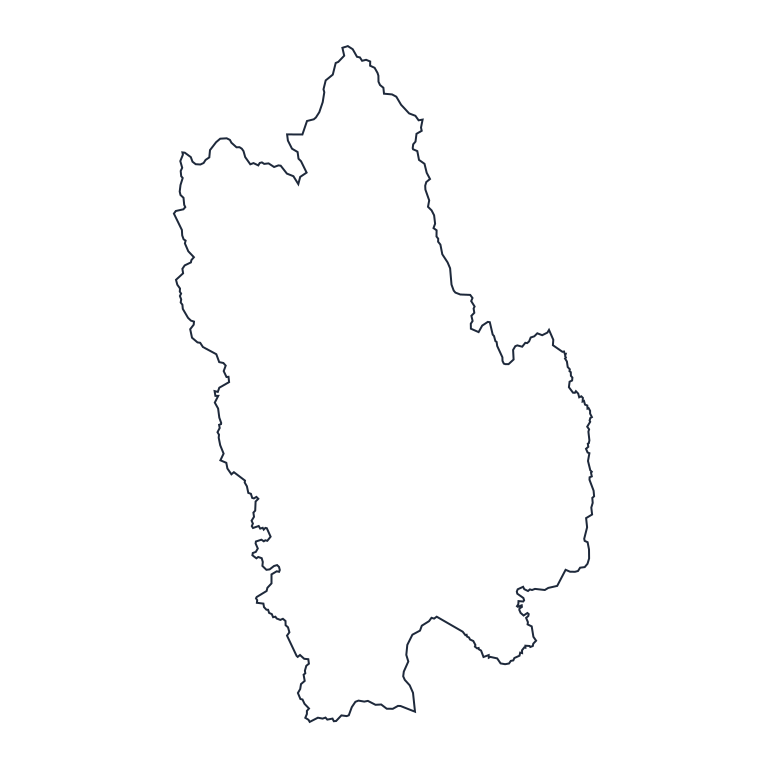 Mariscal Caceres, San Martín, Peru (Natural Earth projection)
{"feature_id": "86281439B62722708065748", "entity_name": "Mariscal Caceres", "entity_type": "district", "adm_level": 2, "iso_a3": "PER", "parent_name": "Peru", "parent_adm1": "San Martín", "projection": "natural_earth1", "projection_center": [-77.093, -7.224], "detail": "fine", "context": "isolated", "style": "outline", "palette": "slate", "viewbox_px": 768, "rotation_deg": 0, "n_neighbors": 0, "source": "geoboundaries", "source_scale": "gbopen_adm2", "svg_char_len": 6102}
<svg xmlns="http://www.w3.org/2000/svg" viewBox="0 0 768 768"><path d="M552.9,345.2L553.3,339.8L549.0,329.9L547.4,332.6L542.2,335.2L537.3,333.3L534.3,336.3L530.7,337.5L529.1,341.4L527.2,343.1L525.3,342.8L522.2,346.7L517.3,345.4L515.3,346.2L513.1,349.9L513.6,359.5L508.6,364.1L505.2,364.1L503.8,363.6L502.5,360.9L502.4,357.3L497.2,346.0L496.6,341.9L495.4,341.1L494.0,336.0L492.7,334.6L489.8,322.2L487.8,321.9L482.2,325.6L478.6,332.1L470.9,328.7L470.8,323.7L472.6,321.0L471.4,315.8L474.3,312.8L473.6,308.5L474.6,306.5L471.2,301.1L472.5,298.0L470.2,294.9L460.3,294.5L455.4,292.6L453.7,290.6L451.5,284.6L450.1,268.3L447.6,262.4L442.3,254.3L440.4,244.6L438.1,241.7L438.2,238.7L436.5,236.5L436.6,230.3L433.5,228.1L435.1,223.7L434.1,215.3L431.6,210.4L428.0,206.8L429.2,200.4L425.4,189.6L425.2,185.7L426.3,182.0L430.0,179.0L426.7,172.8L424.5,163.8L419.0,159.9L417.3,151.1L413.1,149.3L412.7,148.1L413.2,144.3L415.5,141.6L416.5,133.8L421.7,130.8L421.0,127.6L422.6,119.6L418.6,120.3L415.4,115.8L409.1,113.4L401.1,104.8L396.3,96.7L392.0,94.4L384.0,93.7L383.4,87.8L380.0,85.0L378.5,81.7L378.4,75.7L377.5,72.9L374.6,67.8L370.1,65.7L370.2,61.5L366.1,59.8L362.1,60.8L359.9,57.4L357.0,56.8L352.7,49.2L347.8,46.1L342.4,47.8L344.2,55.7L338.3,61.9L335.7,63.0L332.8,74.6L325.7,80.4L323.5,89.3L324.3,92.2L322.7,102.2L319.3,112.2L315.9,117.5L313.8,119.3L307.0,121.0L302.4,134.5L287.1,134.4L287.9,140.6L292.0,148.7L297.6,152.0L298.5,158.7L301.0,161.2L306.6,172.6L300.2,176.9L298.3,184.1L293.4,176.2L286.9,173.6L280.7,165.7L278.4,165.4L274.1,167.0L268.6,163.4L264.2,163.9L261.9,162.4L259.7,163.0L258.3,165.4L253.5,163.1L250.3,164.3L245.2,157.1L243.5,151.1L241.8,148.7L239.5,147.2L236.5,147.3L231.4,142.7L229.9,139.9L226.7,138.3L220.2,138.7L216.1,142.2L210.0,150.1L209.3,157.4L205.6,159.9L203.6,163.0L200.4,164.5L195.7,164.2L192.5,161.7L190.8,157.1L184.8,152.7L182.4,152.4L182.9,154.7L180.3,161.1L182.2,167.8L180.7,171.0L181.2,176.2L182.7,178.0L180.5,185.0L179.7,191.6L180.5,195.0L183.5,197.8L184.2,204.9L185.3,207.1L183.4,209.3L175.8,211.0L173.9,213.6L181.9,230.0L182.2,235.4L183.6,239.3L185.6,240.6L184.9,243.4L188.3,251.3L193.9,257.2L191.4,260.1L190.9,262.4L184.7,265.4L182.4,268.8L183.1,273.3L176.0,279.8L177.3,284.7L180.0,288.5L179.8,291.6L181.1,293.6L179.9,296.0L181.2,299.4L180.7,302.5L182.4,304.7L182.8,308.9L188.0,317.8L190.9,320.6L194.0,321.6L193.7,324.7L190.2,329.2L192.0,337.7L197.5,342.4L200.2,342.8L202.9,347.0L216.3,354.2L219.2,362.1L223.4,363.0L225.7,365.6L223.7,371.1L226.5,377.0L228.5,376.8L229.1,382.1L219.3,387.7L217.8,391.9L214.6,391.1L215.4,395.9L218.2,395.9L214.8,402.6L218.1,408.5L219.3,417.6L221.2,423.0L221.0,424.1L219.1,424.8L219.7,428.0L217.5,432.2L219.0,434.7L218.7,437.7L220.2,445.2L223.6,453.6L220.4,460.3L226.3,462.8L227.4,468.5L231.4,474.3L233.9,472.2L245.0,480.6L244.7,482.5L246.9,486.3L248.3,492.9L250.9,493.8L252.2,497.9L253.9,498.4L256.4,496.9L258.3,498.8L255.6,501.5L255.2,510.6L253.4,512.6L254.0,516.8L251.6,520.7L252.9,523.6L251.8,526.1L253.0,528.0L258.7,526.0L260.2,528.6L262.7,527.8L263.7,529.6L265.4,527.9L266.8,528.2L270.6,536.7L267.3,540.8L265.3,540.3L263.8,541.3L261.4,539.7L255.9,541.5L255.6,543.5L257.8,548.5L255.8,551.9L252.8,553.0L252.4,555.3L256.4,558.3L258.2,557.0L261.7,558.2L262.8,562.0L262.4,565.9L266.4,569.8L269.6,569.4L274.0,566.0L277.1,565.1L279.0,566.9L279.8,570.0L279.1,571.8L276.7,571.3L271.5,574.4L271.5,583.4L267.4,587.8L266.6,591.0L256.7,597.0L256.0,598.3L257.2,600.2L256.9,602.8L263.4,603.6L264.0,607.1L266.4,609.7L268.1,609.8L269.1,612.9L271.8,614.1L273.1,617.2L275.4,616.7L276.7,618.5L280.3,619.9L282.9,618.8L285.5,621.0L285.6,625.2L288.0,627.3L289.4,632.3L287.0,635.6L296.6,655.9L297.7,656.9L300.0,655.0L304.2,658.8L308.3,659.2L308.9,663.7L306.3,665.8L304.9,670.7L305.3,673.3L303.6,674.7L304.7,680.9L301.0,684.1L300.2,689.0L297.9,693.0L300.4,699.0L302.5,699.5L304.5,703.8L309.0,708.5L306.9,710.9L306.9,714.0L305.3,717.8L308.5,719.8L309.7,721.9L317.9,717.7L322.6,718.6L325.5,717.6L327.3,719.6L332.5,718.6L333.8,721.2L336.1,721.0L341.4,715.4L346.7,716.1L348.8,715.3L351.8,707.1L355.4,701.8L358.5,700.6L364.3,701.6L367.9,700.9L375.5,704.8L381.2,704.5L386.7,708.7L392.8,708.8L398.0,705.9L400.5,706.0L415.0,711.7L413.0,692.8L409.7,685.3L404.8,679.9L403.2,676.3L403.8,671.6L408.3,661.5L406.3,654.9L407.3,644.9L412.4,634.7L420.0,630.6L421.8,625.7L429.0,621.2L431.5,617.8L434.1,618.6L436.7,616.7L462.7,631.7L465.4,635.2L466.6,634.8L467.1,636.6L469.0,637.5L470.0,639.5L473.3,641.0L475.4,645.0L474.9,646.6L477.2,648.4L478.6,648.0L478.9,649.3L481.1,650.6L483.5,657.0L488.7,655.1L488.8,657.7L490.3,656.9L497.2,658.4L500.6,663.4L505.1,664.2L509.0,663.5L510.8,660.9L513.3,660.4L514.4,658.0L519.5,655.7L520.2,652.6L522.1,653.1L522.0,650.3L524.3,647.4L525.4,647.7L525.4,645.7L529.6,646.0L530.3,647.0L532.8,646.0L533.3,643.6L536.1,640.7L533.4,636.8L531.7,626.4L527.6,624.4L527.9,622.1L526.1,617.9L528.3,616.0L528.7,614.1L527.4,613.0L523.6,615.5L520.6,612.9L519.3,609.9L519.5,608.5L521.9,606.9L521.7,605.3L517.8,606.8L517.0,606.2L518.3,604.3L518.5,601.1L523.2,601.5L524.1,600.3L523.4,598.0L517.3,593.7L516.8,591.6L517.7,589.3L523.1,586.8L524.3,589.2L528.0,591.0L529.9,589.4L532.0,590.0L535.0,588.9L544.8,590.0L548.3,587.9L557.2,585.9L565.6,569.8L570.0,571.7L575.0,571.8L578.0,571.0L580.1,567.7L584.7,567.1L587.5,563.8L589.1,558.5L589.0,549.4L587.6,542.2L584.7,540.9L584.2,538.8L587.1,527.3L586.1,518.1L592.1,514.5L591.3,507.6L592.7,502.9L592.3,497.9L594.1,496.3L593.6,490.7L589.5,479.8L589.6,477.3L591.8,476.4L591.0,472.7L591.8,471.8L590.3,470.3L588.0,461.0L589.4,453.2L587.6,452.5L586.0,448.8L588.3,446.8L587.8,443.7L588.8,443.2L589.4,440.4L588.4,431.7L589.1,429.3L587.2,426.7L590.2,421.8L589.6,420.5L590.3,418.0L591.9,417.1L590.1,413.6L590.1,410.8L588.6,408.1L587.5,408.6L587.3,405.5L585.0,404.6L584.0,400.9L582.6,401.5L582.9,397.9L581.3,396.3L579.2,397.3L578.2,393.6L575.9,391.2L574.9,392.8L573.0,392.7L568.9,387.2L569.6,381.7L572.1,380.5L572.4,377.6L570.9,375.8L570.8,372.2L569.5,371.2L569.8,369.3L567.7,367.0L566.9,361.5L565.0,358.5L565.9,357.6L565.1,356.0L565.7,354.0L564.9,354.2L564.0,351.5L562.4,351.8L552.9,345.2Z" fill="none" stroke="#1e293b" stroke-width="2"/></svg>